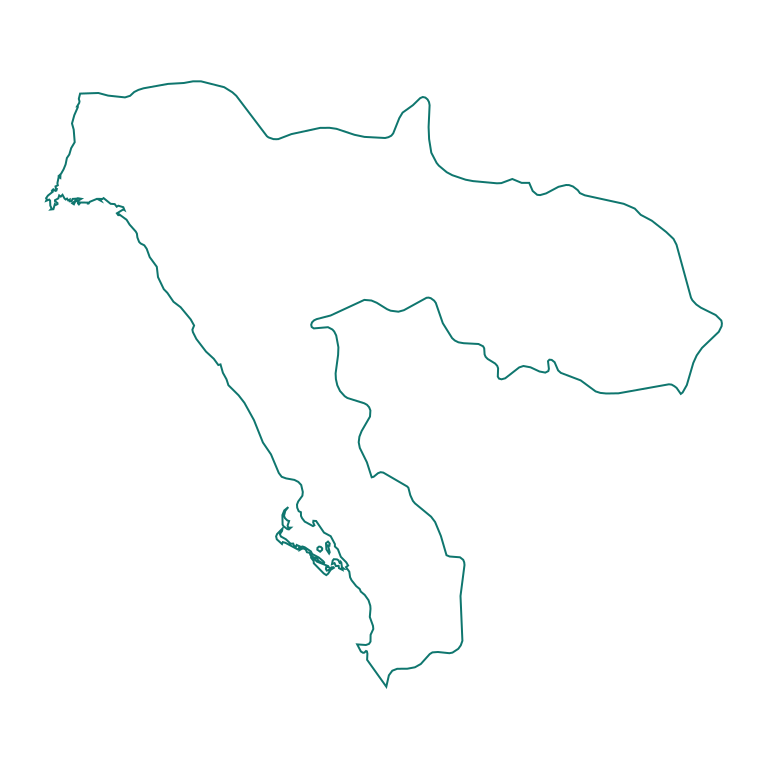 the border of Tabuk
{"feature_id": "SAU-848", "entity_name": "Tabuk", "entity_type": "Region", "adm_level": 1, "iso_a3": "SAU", "parent_name": "Saudi Arabia", "parent_adm1": "", "projection": "orthographic", "projection_center": [36.673, 26.762], "detail": "fine", "context": "isolated", "style": "outline", "palette": "teal", "viewbox_px": 768, "rotation_deg": 0, "n_neighbors": 0, "source": "natural_earth", "source_scale": "10m", "svg_char_len": 6030}
<svg xmlns="http://www.w3.org/2000/svg" viewBox="0 0 768 768"><path d="M386.3,686.7L367.1,659.8L367.4,653.7L366.9,651.4L366.0,651.0L364.4,652.6L363.1,652.8L360.9,651.5L357.2,644.4L365.9,645.0L369.0,643.9L370.5,641.6L370.6,634.8L373.3,629.0L373.0,625.9L369.8,617.0L370.5,608.9L370.3,605.8L368.5,600.2L364.8,595.0L360.8,591.6L359.7,589.0L356.2,586.1L351.6,580.3L350.1,577.3L349.3,571.7L346.0,567.1L348.1,565.5L346.3,562.4L340.8,556.8L337.9,549.3L334.9,546.5L334.9,544.1L330.7,536.2L324.0,532.6L316.1,521.0L313.4,520.8L313.2,522.4L314.4,525.3L313.0,526.1L304.7,521.6L302.0,518.1L301.0,515.9L300.9,512.2L298.7,511.2L297.2,507.7L297.0,504.6L298.2,501.5L302.4,495.7L302.8,492.0L301.2,485.0L298.3,481.9L294.4,479.9L286.1,478.4L281.7,476.8L278.8,473.0L271.0,454.4L262.9,442.5L254.0,420.2L244.4,402.8L238.6,395.3L228.4,385.2L226.5,379.3L222.9,372.8L220.5,364.4L218.3,365.0L213.8,358.8L206.0,351.6L196.3,338.9L192.9,332.1L192.4,329.7L194.1,325.5L190.7,319.4L180.6,307.2L173.5,301.8L167.4,292.9L163.8,289.2L158.0,277.1L156.8,266.8L149.7,257.1L146.7,248.8L144.3,245.3L140.7,243.5L139.1,241.9L137.4,237.5L136.9,233.6L135.8,231.6L129.6,224.6L126.6,219.8L119.0,214.2L119.0,215.1L118.2,215.1L116.9,213.3L123.2,209.5L124.5,210.2L123.3,207.2L118.3,205.7L116.7,206.7L114.7,204.1L110.6,203.8L103.6,198.1L102.4,199.0L99.8,198.9L101.1,200.9L97.1,198.8L89.8,201.8L88.6,203.5L87.8,203.5L87.8,202.6L80.5,202.5L78.9,204.4L78.0,203.4L78.0,202.4L78.9,202.4L78.5,200.5L81.3,198.8L77.8,198.2L76.4,198.7L77.3,200.6L75.0,201.9L73.9,204.3L72.3,203.3L75.6,200.5L75.7,198.7L72.6,198.9L71.5,201.3L69.8,201.3L69.8,199.5L68.2,200.4L67.0,198.6L65.7,199.5L64.6,198.6L62.5,194.8L60.8,196.6L59.2,195.4L58.3,198.4L55.0,200.2L55.0,201.1L57.5,203.1L57.5,204.1L55.9,204.9L54.9,204.0L53.4,209.2L50.7,209.5L51.6,208.5L50.3,205.6L50.1,200.6L49.2,199.6L46.2,200.8L46.8,199.2L46.1,198.2L47.9,195.6L52.7,191.8L51.9,190.9L52.8,189.6L54.3,189.0L53.5,189.9L55.7,190.9L56.4,190.5L56.8,189.1L56.1,189.1L55.5,186.4L57.8,185.3L57.4,183.2L58.7,176.9L60.3,177.9L60.4,176.0L59.4,176.8L58.7,176.0L61.1,173.7L63.6,169.3L65.6,164.4L66.9,158.0L69.3,154.5L71.2,148.1L74.7,142.2L73.7,129.6L72.0,123.5L74.3,115.2L77.8,107.2L77.8,106.4L77.1,106.4L79.2,102.9L79.5,101.3L78.8,98.9L80.1,93.6L98.4,93.0L108.1,95.6L125.0,97.4L130.1,95.8L134.2,92.0L138.4,89.9L143.5,88.3L168.0,83.9L183.8,83.0L193.2,81.3L200.9,81.3L224.2,87.2L232.4,92.3L236.3,95.8L266.9,136.2L268.5,137.4L273.4,139.1L276.3,139.2L278.3,139.1L291.4,134.1L320.1,127.9L329.5,127.8L336.4,128.8L354.5,134.8L364.5,136.9L385.1,138.0L388.4,137.2L391.3,135.7L393.2,133.4L399.3,118.1L402.6,112.6L412.9,105.2L420.2,98.1L422.8,97.0L425.4,97.6L427.6,99.5L429.0,102.1L429.6,105.2L428.6,127.1L429.1,139.1L431.3,152.7L436.6,162.9L438.8,165.6L446.7,172.2L452.3,175.2L465.6,179.7L473.0,181.1L497.0,183.3L501.3,183.1L512.3,179.0L521.7,182.9L529.2,182.9L532.7,191.0L537.2,194.8L540.1,195.1L546.1,193.4L558.5,186.8L566.1,185.0L569.1,185.1L573.0,186.5L577.8,190.2L579.9,193.1L584.8,195.3L623.7,203.8L634.8,208.6L640.7,214.8L651.8,220.7L666.2,232.0L673.5,238.9L676.5,244.7L691.0,297.7L692.4,300.3L696.3,304.5L700.9,307.7L715.8,315.1L721.3,320.5L721.9,323.3L721.6,326.2L718.8,331.8L702.0,347.9L696.7,355.4L693.3,362.9L686.8,385.1L682.6,392.5L680.8,393.9L676.6,387.9L674.4,386.2L671.6,384.6L668.9,384.3L618.5,393.3L606.4,393.5L600.3,392.9L595.6,391.4L580.7,380.4L560.9,372.9L558.1,370.4L554.6,362.2L551.7,359.9L549.4,359.7L548.0,361.2L548.9,368.9L548.3,371.1L545.3,372.6L539.5,371.5L530.5,367.3L523.4,366.0L519.2,367.4L505.2,378.3L501.5,379.3L499.0,378.6L497.8,376.6L498.1,368.3L497.2,365.8L495.1,363.5L487.6,358.9L485.6,356.8L484.6,354.4L484.2,348.3L483.1,346.3L478.5,344.0L463.6,343.2L458.4,342.3L454.8,340.5L452.1,338.1L442.8,323.2L435.8,302.9L434.1,300.6L430.8,298.2L428.6,297.6L426.5,297.8L403.9,310.2L398.4,311.7L390.6,310.7L387.1,309.2L376.8,302.8L371.4,300.5L364.3,299.9L330.6,315.5L316.7,319.1L314.1,320.3L312.0,322.4L311.2,324.8L311.7,327.0L313.8,328.4L328.0,327.2L332.4,329.5L334.2,331.5L336.2,335.5L338.4,347.3L338.1,354.9L335.6,373.4L335.9,379.1L337.3,385.3L340.0,391.0L344.7,396.2L347.4,398.0L364.3,403.3L367.0,404.8L369.1,407.2L370.4,410.5L370.0,416.6L361.6,431.1L359.4,436.7L358.7,442.3L359.8,447.9L366.9,462.3L371.7,477.3L373.6,476.8L378.0,473.2L380.6,472.2L383.3,472.6L407.2,486.5L408.4,487.8L410.3,495.2L412.9,500.9L415.0,503.4L431.1,516.7L435.1,522.0L440.9,536.0L446.5,555.2L449.6,556.5L460.0,557.3L463.2,559.8L464.2,562.3L464.5,565.0L460.5,596.0L462.4,640.8L460.8,645.3L458.3,648.8L452.5,652.6L449.4,653.2L437.9,652.0L432.4,652.4L429.7,654.1L420.8,664.0L414.9,667.3L407.4,668.7L397.2,668.8L392.3,670.7L388.9,675.3L386.3,686.7ZM331.5,567.3L333.5,567.2L333.9,567.8L330.7,569.8L328.1,573.7L326.3,575.1L323.7,573.4L313.8,563.3L313.6,561.0L311.1,557.7L311.1,556.7L313.6,558.0L316.9,561.6L328.2,566.1L328.8,567.1L326.2,567.2L325.9,569.0L326.8,570.6L328.3,570.2L331.5,567.3ZM299.6,546.3L298.7,548.7L297.7,549.4L285.4,542.8L282.8,542.1L282.0,544.0L276.8,539.3L276.1,536.4L277.1,534.0L282.5,528.5L282.0,531.0L279.9,534.1L280.9,536.5L285.8,539.2L290.6,543.7L293.2,543.6L294.1,546.0L296.3,546.4L296.7,545.0L299.6,546.3ZM282.6,524.7L282.4,515.1L284.3,510.4L288.3,507.1L285.3,510.8L284.0,515.8L285.0,518.2L287.4,520.5L289.1,521.0L287.6,525.5L288.0,527.0L288.9,527.7L290.8,527.7L288.9,529.4L287.3,529.1L283.5,526.2L282.6,524.7ZM314.1,557.7L310.5,555.2L309.7,552.9L306.9,552.2L305.9,549.8L304.1,548.6L301.9,548.7L299.4,550.2L299.4,548.9L300.6,547.0L302.5,546.5L304.8,547.3L310.9,551.4L312.2,554.0L318.8,557.5L323.2,561.2L324.2,562.4L323.7,563.9L318.3,560.7L317.1,558.3L314.1,557.7ZM341.9,567.1L343.8,568.7L342.1,568.5L342.5,569.9L339.0,568.2L338.6,565.8L335.9,566.1L334.5,563.1L332.0,564.1L332.7,560.6L333.8,559.2L337.0,559.4L338.5,560.3L339.7,563.0L340.5,562.9L340.8,561.9L341.3,562.6L341.9,567.1ZM326.4,549.4L326.0,543.2L328.0,541.6L329.7,543.5L329.4,545.7L328.0,545.4L329.7,552.3L329.1,553.5L326.4,549.4ZM320.1,551.7L317.3,549.7L317.5,547.8L319.1,546.6L320.8,546.9L322.2,548.3L322.1,549.9L320.1,551.7Z" fill="none" stroke="#0f766e" stroke-width="2"/></svg>